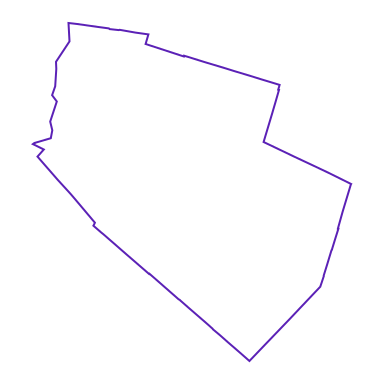 outline of Unirea, Braila, Romania
{"feature_id": "2599482B9026576063852", "entity_name": "Unirea", "entity_type": "district", "adm_level": 2, "iso_a3": "ROU", "parent_name": "Romania", "parent_adm1": "Braila", "projection": "albers", "projection_center": [27.767, 45.095], "detail": "fine", "context": "isolated", "style": "outline", "palette": "violet", "viewbox_px": 384, "rotation_deg": 0, "n_neighbors": 0, "source": "geoboundaries", "source_scale": "gbopen_adm2", "svg_char_len": 1271}
<svg xmlns="http://www.w3.org/2000/svg" viewBox="0 0 384 384"><path d="M320.3,286.7L320.4,286.3L321.7,282.5L323.8,276.1L323.7,275.6L327.1,264.7L331.5,250.2L332.0,249.7L332.1,249.0L335.2,238.9L338.4,228.7L337.9,228.6L342.6,211.8L350.9,184.3L351.1,184.0L328.9,173.0L313.1,165.5L301.8,160.2L293.9,156.5L263.6,142.0L272.3,113.0L273.4,109.2L275.2,103.1L279.0,89.9L278.2,89.7L279.1,86.7L279.6,84.9L270.8,82.2L261.2,79.3L250.6,76.0L234.3,71.1L226.0,68.5L205.0,62.2L199.2,60.4L187.7,56.8L184.6,55.9L184.1,55.7L183.9,56.5L145.6,44.0L148.4,34.4L135.5,32.6L119.6,29.8L118.9,30.1L109.6,29.1L108.9,28.4L98.3,27.0L77.1,24.0L68.5,23.0L69.5,41.4L56.0,61.8L56.3,68.9L55.2,86.3L52.1,95.2L56.8,101.5L50.2,121.6L52.3,130.3L50.8,138.2L35.1,142.8L35.0,143.0L34.7,143.1L34.4,143.0L32.9,144.1L43.8,149.5L37.5,156.6L57.7,179.8L67.3,190.3L71.1,194.5L77.8,202.4L94.9,222.7L94.1,224.4L93.4,225.7L100.4,231.8L101.7,232.9L103.1,234.0L126.6,254.5L149.1,274.0L149.4,273.7L171.1,292.7L175.1,296.2L178.7,299.4L179.1,299.5L179.9,300.0L180.2,300.4L189.3,308.4L206.4,323.2L208.0,324.6L209.8,326.2L211.2,327.5L212.6,328.7L212.9,329.3L220.2,335.4L227.4,341.8L237.7,350.7L248.3,360.0L249.4,361.0L265.2,344.5L290.0,318.7L299.9,308.2L320.0,287.0L320.3,286.7Z" fill="none" stroke="#5b21b6" stroke-width="2"/></svg>